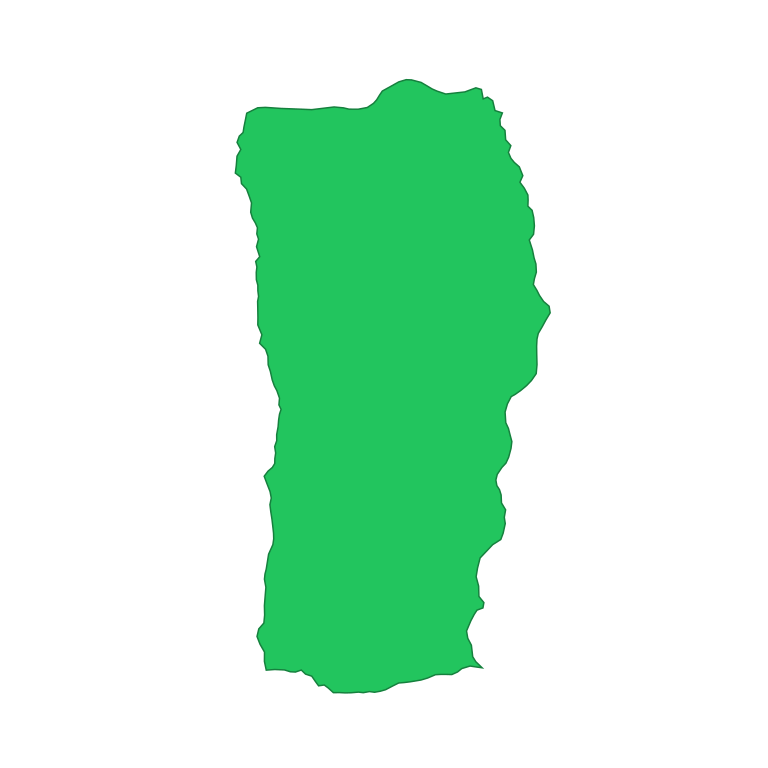 Taciba, São Paulo, Brazil (orthographic projection), rotated 165°
{"feature_id": "56859067B58101477098710", "entity_name": "Taciba", "entity_type": "district", "adm_level": 2, "iso_a3": "BRA", "parent_name": "Brazil", "parent_adm1": "São Paulo", "projection": "orthographic", "projection_center": [-51.338, -22.499], "detail": "fine", "context": "isolated", "style": "filled", "palette": "green", "viewbox_px": 768, "rotation_deg": 165, "n_neighbors": 0, "source": "geoboundaries", "source_scale": "gbopen_adm2", "svg_char_len": 2951}
<svg xmlns="http://www.w3.org/2000/svg" viewBox="0 0 768 768"><g transform="rotate(165 384 384)"><path d="M205.1,409.7L204.4,416.4L208.5,422.4L210.9,429.3L212.1,435.0L214.0,441.4L211.5,446.7L207.9,452.6L206.2,460.6L206.4,467.0L205.9,475.1L206.4,485.5L200.8,489.9L197.8,497.8L196.3,506.0L196.0,513.4L199.0,518.5L197.2,524.4L196.1,529.3L197.8,536.8L200.5,543.7L196.0,549.3L197.1,558.7L200.8,564.3L203.0,569.1L203.9,575.5L199.8,581.4L203.3,588.4L201.5,597.7L204.8,603.4L203.6,609.5L199.5,615.2L206.0,619.4L205.7,629.5L209.8,634.3L214.4,633.7L213.7,643.3L218.6,646.3L230.3,645.2L249.3,648.1L257.0,653.2L261.1,656.5L270.1,665.7L278.7,670.6L283.8,672.2L291.5,672.0L309.8,667.4L313.5,664.2L317.5,660.4L321.5,657.8L328.6,655.4L337.8,656.1L346.6,658.5L351.6,661.2L360.5,664.5L374.4,666.5L382.8,667.7L392.7,670.8L412.1,676.8L427.0,681.9L434.5,683.5L446.5,681.1L449.7,674.6L452.8,668.4L455.0,663.4L459.6,660.9L463.4,655.4L461.6,647.6L467.0,642.1L470.2,633.1L473.0,626.2L468.8,620.8L469.8,614.4L466.3,607.9L465.6,600.4L465.1,593.2L468.3,584.4L468.1,578.2L466.6,573.0L465.8,567.7L468.0,561.9L467.7,556.4L471.6,549.6L471.1,539.1L476.2,535.6L476.5,529.9L478.5,524.9L480.3,517.7L480.3,512.0L481.7,506.7L482.5,501.0L484.7,496.5L486.4,489.5L488.6,480.7L490.6,473.7L489.2,463.2L493.6,455.5L489.4,448.2L488.9,440.8L490.9,432.5L490.5,425.6L490.9,416.9L490.4,410.5L489.2,405.4L488.6,397.4L490.9,391.0L490.0,386.1L492.7,382.0L495.1,376.5L497.4,370.0L500.8,362.8L502.3,357.0L505.8,351.8L506.5,345.4L508.7,340.3L510.1,335.5L513.4,332.3L518.5,329.9L523.6,325.9L522.9,318.7L521.9,309.5L522.4,303.0L525.4,297.0L526.4,290.0L527.2,282.5L528.3,275.0L529.3,268.5L530.6,263.0L532.9,257.6L539.5,249.5L542.7,242.3L545.7,235.6L548.1,231.3L550.0,226.4L550.7,218.2L553.5,210.4L556.9,200.8L559.1,191.7L561.9,184.2L568.3,179.9L572.0,173.0L571.1,164.7L568.8,156.0L571.3,147.0L571.8,138.1L563.4,136.5L554.2,133.6L549.0,130.3L544.1,128.7L537.9,129.1L534.9,124.1L529.4,120.5L527.2,114.3L525.3,109.4L519.6,108.7L516.6,104.9L512.8,99.0L506.4,97.3L501.5,95.7L495.3,94.2L488.4,93.0L483.9,91.2L477.7,90.7L472.9,88.7L467.0,88.2L461.6,88.3L453.6,90.1L447.2,91.4L441.7,90.4L436.0,89.6L430.1,89.0L424.9,88.5L418.0,88.7L409.5,89.9L404.3,88.8L399.1,87.4L393.7,85.8L387.5,86.8L382.5,89.0L373.9,89.3L367.7,86.6L362.7,84.5L367.2,92.0L368.9,97.6L367.2,109.1L368.9,116.7L368.2,124.1L361.4,132.8L356.5,138.1L352.7,141.5L346.4,142.1L344.1,147.0L347.3,154.2L344.9,164.3L344.9,174.0L341.3,182.0L336.2,191.1L330.5,194.6L320.6,200.7L311.4,203.6L307.5,209.1L303.0,217.8L302.3,224.1L299.1,231.0L301.3,238.7L299.6,246.5L299.8,252.0L301.3,256.7L300.8,262.3L298.0,267.4L291.7,272.9L286.7,276.0L282.5,281.1L278.0,288.9L275.4,295.3L275.4,303.1L275.3,308.8L276.4,315.1L274.3,325.6L269.9,332.9L264.4,338.9L259.8,340.1L253.3,342.5L246.6,345.6L240.7,349.2L234.3,354.6L231.2,363.1L228.8,373.1L226.8,381.0L224.6,387.8L221.9,392.9L216.4,398.3L211.2,403.8L205.1,409.7Z" fill="#22c55e" stroke="#15803d" stroke-width="1.5"/></g></svg>